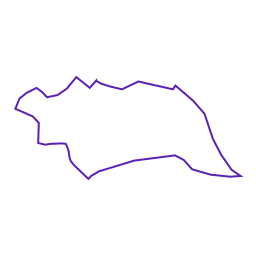 the District of Famagusta
{"feature_id": "CYP-3466", "entity_name": "Famagusta", "entity_type": "District", "adm_level": 1, "iso_a3": "CYP", "parent_name": "Cyprus", "parent_adm1": "", "projection": "mercator", "projection_center": [33.923, 35.018], "detail": "fine", "context": "isolated", "style": "outline", "palette": "violet", "viewbox_px": 256, "rotation_deg": 0, "n_neighbors": 0, "source": "natural_earth", "source_scale": "10m", "svg_char_len": 665}
<svg xmlns="http://www.w3.org/2000/svg" viewBox="0 0 256 256"><path d="M96.1,80.7L96.1,80.8L100.9,83.6L110.2,86.5L122.0,89.3L138.4,81.5L172.9,89.3L175.5,85.6L182.7,91.8L193.2,100.8L204.5,113.8L212.9,138.9L221.3,155.0L231.6,169.8L240.6,176.0L230.2,176.7L210.8,174.7L192.1,169.3L183.8,160.0L174.9,155.4L134.2,160.6L98.8,171.4L91.1,176.0L88.4,178.9L73.9,165.0L70.9,161.3L69.7,158.3L68.5,150.7L66.9,146.1L65.9,144.1L65.7,143.8L61.6,143.4L50.2,143.9L45.1,144.7L38.2,143.0L38.8,123.0L32.9,116.5L15.4,108.8L19.4,98.7L26.5,92.9L36.5,87.9L42.3,92.2L47.0,97.2L57.5,95.1L66.9,88.6L72.1,82.2L76.3,77.1L89.8,87.9L96.1,80.7Z" fill="none" stroke="#5b21b6" stroke-width="2"/></svg>